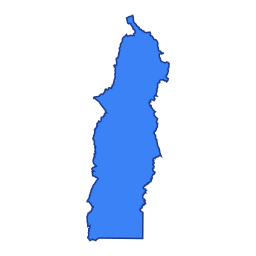 Belén, Catamarca, Argentina (Robinson projection)
{"feature_id": "61730980B98918352953876", "entity_name": "Belén", "entity_type": "district", "adm_level": 2, "iso_a3": "ARG", "parent_name": "Argentina", "parent_adm1": "Catamarca", "projection": "robinson", "projection_center": [-66.858, -26.985], "detail": "fine", "context": "isolated", "style": "filled", "palette": "blue", "viewbox_px": 256, "rotation_deg": 0, "n_neighbors": 0, "source": "geoboundaries", "source_scale": "gbopen_adm2", "svg_char_len": 5795}
<svg xmlns="http://www.w3.org/2000/svg" viewBox="0 0 256 256"><path d="M169.1,63.4L168.0,62.5L166.6,62.0L165.5,62.7L164.0,62.6L160.9,61.2L160.9,60.4L160.2,59.2L160.1,58.1L159.3,56.6L159.2,54.5L160.0,53.7L162.1,53.9L163.8,52.8L162.6,53.2L162.1,53.0L161.1,52.2L160.8,51.5L158.6,50.6L158.3,47.8L157.7,46.5L157.6,44.9L157.9,43.6L157.6,42.4L156.7,40.7L155.7,39.7L154.5,39.7L153.7,39.3L153.4,37.9L151.8,36.0L150.1,35.4L150.6,33.9L150.0,32.2L149.4,32.1L148.4,32.5L147.5,32.3L146.9,32.7L146.1,32.6L144.2,32.0L143.8,31.7L143.7,30.9L142.4,30.8L141.6,30.3L141.1,29.3L139.4,29.2L139.1,28.5L139.2,27.6L136.8,25.9L135.8,24.1L134.8,23.4L133.9,22.0L133.5,21.1L133.2,17.0L132.7,15.4L131.4,16.1L129.1,16.7L126.5,18.1L127.0,19.6L127.5,22.5L127.9,23.2L128.4,23.7L130.1,23.6L130.9,24.2L131.3,25.4L132.4,26.5L132.5,27.4L133.3,28.5L133.3,29.3L134.4,29.9L135.5,32.0L135.0,32.9L134.0,33.5L133.8,34.0L133.6,34.7L134.0,35.6L130.3,35.3L127.8,36.3L126.9,35.5L126.4,34.5L125.3,36.0L123.4,37.2L123.1,37.9L122.6,38.3L122.3,40.1L122.4,41.3L120.3,44.4L120.5,45.7L120.1,47.1L119.3,48.2L119.8,50.4L119.1,52.1L118.9,52.9L119.1,53.2L118.7,53.9L118.9,54.5L118.5,55.1L118.5,56.3L118.0,57.0L117.8,58.1L116.5,58.2L116.2,58.7L116.4,60.9L116.7,61.4L116.5,65.4L115.9,65.5L114.8,65.0L114.1,65.4L114.3,65.6L114.2,66.8L115.5,67.9L115.0,70.7L115.5,72.4L115.2,73.4L114.9,73.7L115.2,77.4L114.2,79.9L114.0,81.8L113.4,82.9L113.6,83.6L113.2,84.8L112.3,85.0L112.3,86.4L111.8,86.7L111.5,88.4L109.6,87.7L108.9,87.8L108.4,89.3L107.0,90.0L106.6,89.2L105.7,89.1L105.1,89.6L105.1,91.1L104.5,91.5L104.4,92.1L103.1,94.2L101.3,94.0L99.6,95.4L99.2,96.3L94.1,97.1L93.8,97.5L93.8,98.1L94.1,97.9L99.1,101.8L101.3,105.1L105.8,110.8L105.9,112.1L106.1,112.3L105.7,112.2L105.9,112.8L104.5,113.8L104.7,115.0L104.3,115.2L104.3,115.7L103.7,115.9L103.5,116.7L102.7,117.3L102.4,117.1L101.9,117.4L101.3,117.3L101.0,119.1L101.5,119.8L101.0,121.0L100.1,121.8L98.8,121.0L97.7,123.2L97.0,123.5L96.9,124.2L97.1,124.6L96.9,125.4L97.2,125.7L96.9,126.1L97.0,126.8L96.4,127.2L96.3,128.0L95.7,128.2L95.5,129.1L94.7,129.2L94.5,130.4L95.0,131.3L94.7,131.8L94.5,134.4L93.7,135.5L93.5,137.2L92.9,138.5L93.3,139.7L94.1,140.2L94.4,143.0L94.1,144.2L95.2,146.0L95.1,146.4L95.7,146.9L95.7,147.2L94.9,147.1L94.8,147.6L94.9,148.1L95.3,148.3L95.1,150.8L94.8,151.1L95.7,152.1L95.3,152.8L95.6,153.6L95.2,153.9L94.4,153.6L94.2,154.0L94.4,155.7L94.9,156.8L94.3,156.9L93.8,157.5L93.6,159.1L93.1,160.0L93.3,160.8L93.1,161.6L93.9,163.8L95.3,165.3L96.2,165.6L96.4,166.2L96.1,166.5L94.8,166.7L94.4,167.3L93.2,167.4L92.1,168.3L91.8,169.0L92.4,170.1L94.0,171.3L92.3,171.7L92.6,172.0L92.3,173.0L92.6,173.6L92.5,174.4L92.7,175.8L93.7,175.8L94.0,176.2L95.4,176.7L95.5,177.1L97.0,177.5L97.3,178.2L98.0,178.6L97.8,179.3L96.5,180.6L95.1,183.1L94.8,183.2L94.3,184.3L93.6,184.9L92.8,186.5L92.5,188.0L91.9,188.3L91.6,189.6L91.0,190.2L91.2,191.8L90.5,192.5L90.3,193.8L89.5,195.1L90.0,196.1L89.5,196.4L89.0,198.3L87.4,200.6L87.2,201.7L89.1,201.7L89.9,203.2L90.9,203.8L90.9,204.3L91.5,205.0L91.4,205.4L92.0,206.0L92.1,206.5L93.2,206.7L93.0,207.6L92.2,208.0L91.7,210.3L91.1,211.5L90.4,211.4L89.4,212.9L88.3,213.0L87.9,213.9L87.8,215.1L87.4,215.7L86.9,217.0L87.4,217.9L87.1,219.1L87.4,222.7L88.0,223.4L87.7,224.7L87.9,225.7L87.8,226.5L90.1,225.7L89.5,228.4L88.8,228.6L88.7,230.9L89.1,231.1L88.4,232.8L88.8,234.9L88.7,235.7L87.8,237.1L88.1,238.3L88.9,238.8L89.5,240.0L90.2,240.6L92.3,239.1L92.9,239.8L93.7,239.7L95.8,240.5L96.4,239.6L98.8,238.0L142.7,238.5L142.9,212.6L140.0,210.4L140.2,210.1L140.0,209.5L140.4,208.6L140.9,208.6L140.9,208.1L142.0,207.9L142.2,206.7L142.0,206.4L142.3,206.4L142.6,205.5L143.4,205.2L143.2,204.8L143.3,204.4L144.2,204.6L144.4,203.8L144.8,204.0L145.0,203.5L145.4,203.5L144.3,201.6L145.0,201.9L144.9,201.2L144.5,200.7L145.1,200.2L144.3,199.2L143.4,198.7L142.8,198.0L142.5,196.9L142.6,196.4L142.8,196.3L142.8,195.5L143.0,195.1L143.5,194.9L143.5,194.3L143.9,194.0L143.9,193.5L144.4,193.5L144.6,193.0L145.0,192.9L144.9,192.6L145.7,192.8L145.3,191.2L145.6,190.7L146.2,190.5L145.8,190.1L145.9,189.8L145.6,189.2L143.5,188.6L143.2,187.4L144.6,186.2L144.6,185.6L145.1,185.6L145.3,185.1L146.4,184.9L147.0,184.4L146.8,184.2L147.8,183.8L147.8,183.5L148.0,183.5L147.9,183.2L148.2,183.1L147.9,182.8L148.1,182.6L149.2,182.7L149.7,182.4L150.0,181.5L150.9,181.5L151.4,179.9L151.0,179.5L151.0,179.1L151.6,179.3L151.7,179.1L151.6,178.6L152.2,178.3L151.9,176.8L152.5,175.3L153.8,174.0L154.4,174.0L154.7,172.7L155.0,172.3L154.9,172.0L153.5,171.7L153.2,170.5L152.7,170.1L152.9,169.2L152.6,168.3L153.6,168.1L153.5,167.6L154.1,166.9L153.9,166.0L152.8,164.6L153.2,164.2L153.0,163.6L153.4,163.2L153.8,163.5L154.2,162.5L152.8,160.9L153.0,160.2L153.7,160.2L153.3,158.9L154.8,157.9L155.1,158.2L155.2,157.8L156.1,157.4L156.5,156.7L157.3,156.9L158.7,156.3L159.5,155.4L160.1,155.4L161.1,156.1L159.9,152.8L159.2,148.8L157.7,146.0L156.6,139.5L156.2,139.7L155.6,138.7L155.6,135.6L155.4,135.1L154.5,134.3L154.2,133.5L154.3,133.1L153.7,132.6L154.3,131.7L155.3,131.2L155.6,130.2L156.2,129.9L156.3,128.5L157.3,127.2L157.5,124.9L157.2,124.4L157.6,123.4L157.0,123.2L156.4,121.9L157.6,118.6L155.9,117.4L155.3,116.3L154.7,116.1L154.4,115.6L153.9,113.1L155.3,111.7L154.2,111.2L153.9,110.4L153.2,110.2L152.1,108.2L150.5,106.4L151.0,106.4L151.3,105.9L151.1,105.5L150.0,105.4L149.9,104.8L149.3,104.1L149.5,103.5L149.1,102.6L150.7,101.8L150.1,101.2L150.1,100.8L151.1,99.6L153.3,100.0L154.0,100.6L155.0,98.9L153.9,97.4L154.5,95.7L156.9,96.1L155.9,94.7L157.1,90.5L156.6,90.2L157.8,87.0L157.3,85.3L157.7,85.0L157.6,84.1L157.9,83.1L159.7,82.6L159.6,80.8L159.8,80.4L160.8,79.8L162.8,79.9L163.5,79.6L163.5,80.0L164.5,80.9L165.8,80.7L166.5,81.9L166.9,81.7L167.0,81.2L167.9,80.3L168.2,78.6L167.4,78.3L166.0,76.3L166.4,75.3L167.2,74.7L168.5,70.5L168.0,69.6L168.0,68.3L168.8,67.7L169.1,63.4Z" fill="#3b82f6" stroke="#1e3a8a" stroke-width="1.5"/></svg>